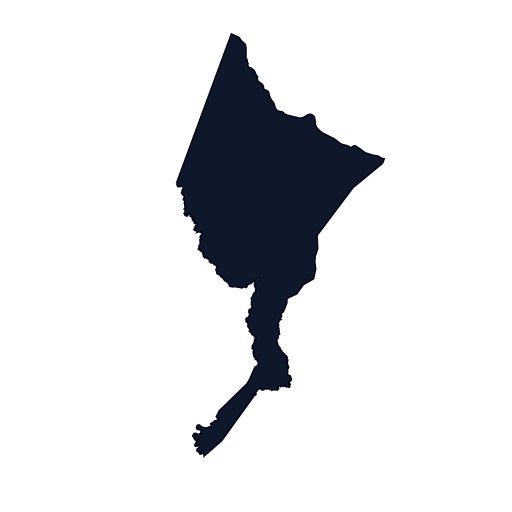 Peixoto de Azevedo, Mato Grosso, Brazil, rotated 286°
{"feature_id": "56859067B15888729029832", "entity_name": "Peixoto de Azevedo", "entity_type": "district", "adm_level": 2, "iso_a3": "BRA", "parent_name": "Brazil", "parent_adm1": "Mato Grosso", "projection": "mercator", "projection_center": [-54.046, -10.194], "detail": "fine", "context": "isolated", "style": "filled", "palette": "ink", "viewbox_px": 512, "rotation_deg": 286, "n_neighbors": 0, "source": "geoboundaries", "source_scale": "gbopen_adm2", "svg_char_len": 6111}
<svg xmlns="http://www.w3.org/2000/svg" viewBox="0 0 512 512"><g transform="rotate(286 256 256)"><path d="M304.6,159.5L304.6,160.7L304.1,160.3L302.5,160.4L301.1,161.8L301.5,163.3L301.9,162.8L302.4,164.0L302.7,165.9L301.9,166.9L300.8,167.5L298.9,166.8L298.3,167.0L298.0,167.7L297.4,167.9L297.4,167.2L296.5,167.6L296.1,167.1L294.6,168.5L294.7,169.2L293.6,170.6L292.9,170.8L290.3,170.5L289.2,172.2L288.1,172.8L287.6,172.4L284.5,173.8L284.6,174.3L284.0,174.4L283.8,175.3L283.1,174.3L281.9,174.6L281.7,174.0L280.9,174.2L281.1,174.8L280.4,175.8L280.0,175.3L278.2,175.9L277.7,175.5L277.2,175.8L277.0,175.3L276.1,176.3L275.5,176.5L275.3,176.9L275.9,177.1L275.3,178.6L277.6,178.4L277.6,179.0L277.0,179.4L278.5,179.9L278.2,180.4L278.4,181.0L276.8,181.7L276.3,181.5L276.0,182.1L275.7,184.1L276.1,184.6L275.8,185.2L274.7,184.3L273.2,184.9L272.7,185.2L273.2,186.6L272.1,186.7L270.8,187.5L270.4,188.2L271.6,188.4L271.8,189.5L271.4,190.1L271.2,189.5L270.6,189.5L269.8,191.2L268.5,189.5L267.4,189.7L266.4,189.0L265.3,189.5L264.2,188.9L263.7,190.2L264.3,191.3L263.6,191.6L263.5,192.5L263.0,193.2L262.6,193.0L263.6,194.5L263.5,197.6L261.9,197.9L259.4,196.9L257.0,198.0L255.9,197.5L254.8,198.4L253.6,198.5L253.7,199.1L252.7,199.8L251.6,198.6L250.2,198.5L248.2,198.9L247.5,198.5L246.5,198.8L246.1,200.9L245.4,201.9L245.8,202.8L244.6,203.6L244.6,204.1L244.1,203.9L243.6,205.1L243.0,204.7L241.4,205.4L240.1,207.0L240.7,207.5L240.7,208.3L240.2,209.1L240.4,209.7L240.0,209.9L240.1,211.3L239.7,211.5L239.6,212.4L238.6,212.5L238.3,213.0L237.7,212.8L237.5,214.5L236.9,214.6L237.5,216.4L236.2,218.1L236.4,219.6L235.1,220.9L235.0,221.5L234.1,222.1L233.8,221.6L232.3,221.2L231.2,221.4L230.4,222.5L228.4,223.2L228.0,223.9L228.4,225.3L227.8,225.8L227.5,227.0L226.8,227.5L227.3,227.9L226.2,228.5L225.9,230.1L223.6,232.7L223.8,233.8L222.3,236.7L221.1,238.1L219.7,238.9L219.8,242.1L220.6,243.5L221.4,249.6L221.2,250.7L223.3,253.4L222.8,254.8L223.5,255.6L226.2,256.1L227.3,256.7L227.5,257.8L228.3,258.8L229.5,259.5L234.5,264.0L235.1,264.9L233.7,265.8L232.7,265.1L231.6,262.7L229.1,262.1L226.8,262.8L224.6,264.8L222.1,265.3L219.6,264.8L219.5,264.2L219.0,263.9L215.8,264.0L214.8,263.1L212.6,263.7L212.0,264.5L209.5,264.5L207.8,265.0L207.8,265.6L207.4,265.9L205.7,266.1L203.6,265.7L203.0,265.4L202.9,264.6L201.6,264.0L200.2,264.9L199.4,264.9L198.9,265.6L197.6,266.2L196.3,265.7L195.0,265.7L194.2,264.9L194.3,264.4L193.2,263.8L192.7,264.1L192.1,263.8L191.0,264.5L190.5,264.4L188.8,267.2L187.4,267.2L186.4,267.8L185.9,267.6L183.9,270.3L181.9,270.3L180.8,272.8L180.3,272.9L179.2,274.1L179.4,275.5L178.6,275.9L178.5,277.6L177.9,278.0L177.4,277.5L176.4,278.7L175.8,278.7L175.5,277.7L175.0,278.3L174.4,277.8L173.0,278.4L172.6,277.9L171.5,278.4L171.1,277.9L170.3,278.0L169.2,277.2L166.4,277.7L166.5,278.2L166.0,278.4L166.2,278.8L165.9,279.3L165.4,279.2L163.9,280.4L163.2,279.9L163.0,281.2L162.3,281.0L162.2,280.1L161.5,280.2L161.8,280.7L159.5,281.3L158.7,281.9L158.0,282.9L158.0,283.9L157.5,283.6L156.4,283.9L156.7,284.6L157.3,284.3L156.8,285.1L157.0,285.9L156.5,285.6L156.0,286.2L155.6,286.0L155.1,287.2L152.3,287.9L152.1,288.5L151.5,288.2L148.8,285.5L135.9,283.9L130.6,282.5L97.3,263.4L90.6,262.1L89.1,263.9L89.4,264.5L88.9,265.7L88.1,265.1L85.9,261.5L85.2,260.9L83.9,260.7L83.8,260.1L82.2,258.6L80.0,260.3L79.2,260.0L78.9,258.1L77.2,256.1L76.6,253.4L76.8,250.9L78.0,248.1L77.3,246.4L76.6,246.1L74.7,246.1L73.9,246.5L73.2,247.2L73.0,248.0L73.8,248.7L72.8,251.4L70.2,251.8L68.3,249.2L68.3,248.5L69.0,247.8L68.5,245.5L66.1,244.7L65.3,245.0L64.7,246.2L63.4,247.0L62.3,248.6L63.3,251.1L62.7,251.4L62.2,251.7L61.8,251.4L61.7,250.1L57.4,249.2L56.4,250.0L56.4,250.7L56.9,251.8L58.4,252.2L58.3,253.9L55.9,253.9L54.1,252.6L52.3,253.0L51.9,254.9L50.2,256.5L50.3,257.6L50.6,258.1L54.9,257.6L55.0,258.3L52.1,259.0L50.3,261.0L49.3,261.2L68.9,273.9L119.9,292.3L121.6,291.4L121.9,292.0L121.5,293.1L122.6,294.1L123.4,294.1L124.3,293.2L129.1,295.1L129.5,295.7L129.3,296.4L129.9,296.5L130.4,297.5L129.3,298.0L128.7,299.0L129.8,300.6L130.9,301.0L131.0,303.0L131.9,304.1L131.6,304.7L131.7,305.4L132.4,306.8L132.3,307.4L131.1,307.8L132.3,309.8L133.0,313.1L133.6,312.6L134.1,312.7L134.3,314.3L135.0,314.2L135.6,313.4L136.2,313.4L136.6,313.0L137.3,313.8L137.1,315.4L138.0,315.5L137.5,316.1L138.5,317.2L138.6,317.8L138.2,318.4L138.5,319.1L139.2,319.2L138.9,320.7L138.5,321.1L139.1,322.6L138.8,323.9L139.4,324.5L140.4,324.2L140.8,323.5L141.9,324.3L142.4,323.9L141.9,323.1L142.2,322.6L143.2,323.0L143.9,322.9L144.2,322.2L144.9,323.3L145.5,323.5L145.9,323.2L146.5,324.1L147.4,323.9L150.1,322.2L150.6,319.3L152.0,318.5L152.9,318.6L155.3,317.7L157.9,318.0L158.1,317.2L158.6,317.8L161.1,315.7L161.7,315.7L161.9,315.3L162.9,315.5L163.3,315.1L164.2,315.4L165.0,315.0L164.9,314.5L167.3,313.8L168.3,312.8L169.3,310.4L169.9,309.9L170.5,308.5L169.9,307.9L172.1,306.8L172.5,305.6L174.3,304.4L175.9,302.0L180.0,299.5L181.8,299.0L182.5,299.7L183.3,299.9L184.1,299.4L186.4,299.4L187.6,300.2L188.0,299.6L191.4,298.5L191.7,297.9L192.9,298.0L194.6,296.3L195.2,296.3L195.7,296.9L197.3,295.7L200.9,296.5L201.7,297.3L201.7,296.7L202.2,296.6L204.7,297.2L206.1,296.9L207.8,295.9L209.1,297.2L212.1,298.0L220.0,298.6L222.0,297.7L224.3,298.1L230.8,305.6L241.6,309.5L249.6,317.3L250.3,317.6L259.9,317.0L266.5,314.2L271.9,313.0L280.1,313.3L291.9,309.3L293.0,309.2L348.6,330.5L380.0,352.1L384.7,352.5L384.6,349.9L385.8,345.4L385.2,341.3L385.3,333.5L385.8,331.0L387.8,326.3L389.3,320.6L388.9,319.6L386.8,318.0L386.4,316.8L387.2,314.1L387.1,307.7L387.4,306.0L390.0,299.6L392.8,285.2L394.9,281.0L396.6,278.5L399.5,276.4L402.7,275.5L405.8,273.8L406.7,272.7L407.3,270.5L407.3,269.1L406.3,267.2L401.7,262.8L400.6,260.1L400.0,247.0L400.3,245.1L401.8,241.6L401.4,237.2L402.0,235.8L403.9,233.4L406.7,231.9L408.4,230.5L409.9,228.1L413.4,224.9L417.1,222.9L418.1,221.2L418.2,218.2L419.2,217.1L421.2,216.3L422.8,214.8L424.7,209.6L426.5,208.5L428.9,208.1L430.2,206.1L433.1,203.9L434.2,202.4L435.3,199.6L435.4,197.2L435.9,196.3L437.2,195.5L438.9,195.3L440.4,193.9L441.8,193.6L443.6,191.8L453.1,189.1L456.5,187.5L458.7,182.9L461.5,179.4L462.7,171.1L304.6,159.5Z" fill="#0f172a" stroke="#020617" stroke-width="1.5"/></g></svg>